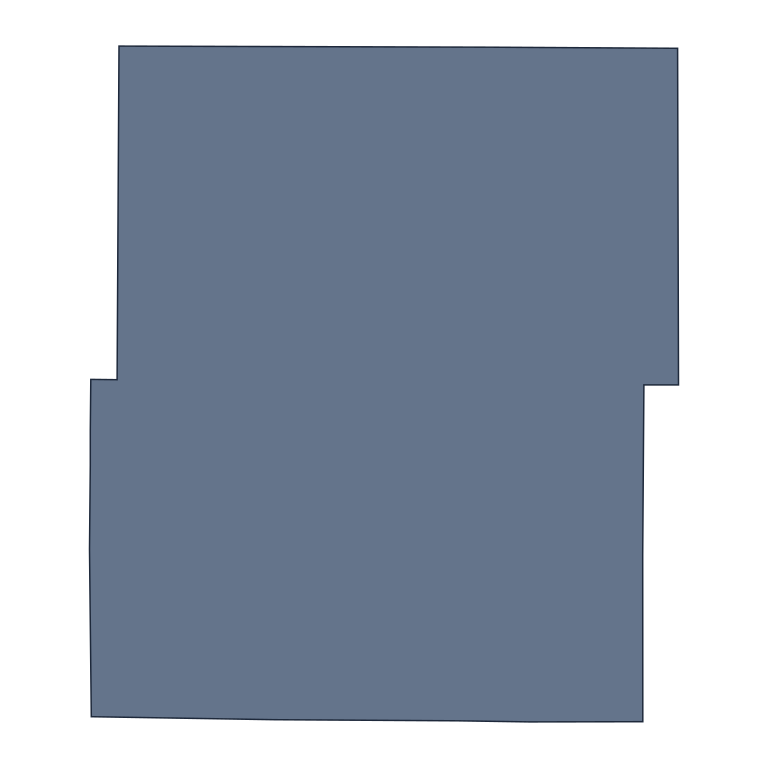 the district of Washington, Wisconsin, United States of America
{"feature_id": "52423323B60034571779421", "entity_name": "Washington", "entity_type": "district", "adm_level": 2, "iso_a3": "USA", "parent_name": "United States of America", "parent_adm1": "Wisconsin", "projection": "robinson", "projection_center": [-88.256, 43.368], "detail": "fine", "context": "isolated", "style": "filled", "palette": "slate", "viewbox_px": 768, "rotation_deg": 0, "n_neighbors": 0, "source": "geoboundaries", "source_scale": "gbopen_adm2", "svg_char_len": 327}
<svg xmlns="http://www.w3.org/2000/svg" viewBox="0 0 768 768"><path d="M119.0,46.1L117.1,379.7L90.8,379.4L90.3,430.5L90.3,465.4L89.5,549.0L91.3,716.7L274.6,719.7L457.9,720.8L529.2,721.9L642.8,721.7L642.7,554.9L643.9,384.9L678.5,384.9L677.6,48.3L490.8,47.2L119.0,46.1Z" fill="#64748b" stroke="#1e293b" stroke-width="1.5"/></svg>